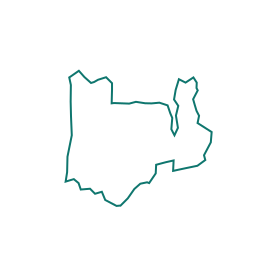 Fasoula Pafou, Paphos, Cyprus (Albers equal-area conic projection), rotated 135°
{"feature_id": "46923920B40214327074484", "entity_name": "Fasoula Pafou", "entity_type": "district", "adm_level": 2, "iso_a3": "CYP", "parent_name": "Cyprus", "parent_adm1": "Paphos", "projection": "albers", "projection_center": [32.631, 34.747], "detail": "fine", "context": "isolated", "style": "outline", "palette": "teal", "viewbox_px": 256, "rotation_deg": 135, "n_neighbors": 0, "source": "geoboundaries", "source_scale": "gbopen_adm2", "svg_char_len": 976}
<svg xmlns="http://www.w3.org/2000/svg" viewBox="0 0 256 256"><g transform="rotate(135 128 128)"><path d="M210.0,134.2L202.5,130.2L201.9,124.0L204.9,117.9L197.8,111.9L197.8,104.8L191.6,101.4L195.0,93.2L191.2,81.0L188.3,78.6L188.2,78.4L177.9,78.4L166.6,80.4L158.7,79.9L152.9,76.1L152.0,74.1L140.5,76.3L134.1,82.1L125.5,77.1L118.7,72.8L126.4,65.8L116.1,59.1L105.6,52.2L96.0,50.7L93.5,55.0L79.6,59.3L71.7,66.0L75.3,82.3L69.1,86.4L67.4,91.7L64.6,96.9L61.6,102.3L52.1,105.3L51.3,107.8L47.3,111.5L46.0,117.5L55.2,119.4L57.5,126.5L67.4,121.2L75.3,115.6L76.8,108.1L85.3,102.9L92.6,92.8L100.3,90.0L98.2,96.5L89.6,103.8L87.7,108.5L84.0,116.0L87.9,123.7L93.9,128.7L98.4,133.4L103.9,140.9L109.9,144.4L120.2,155.5L122.1,157.0L112.3,166.3L107.6,171.0L107.6,179.4L115.1,183.3L119.5,184.5L122.3,186.0L122.8,194.9L122.3,203.2L133.4,205.2L133.8,205.3L138.0,198.8L149.9,187.2L160.1,176.5L172.9,162.6L191.1,150.5L202.3,139.8L210.0,134.2Z" fill="none" stroke="#0f766e" stroke-width="2"/></g></svg>